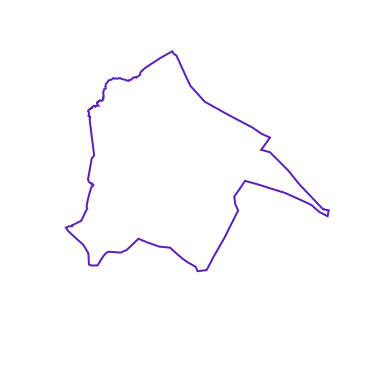 Tubbergen, Overijssel, Netherlands (orthographic projection), rotated 29°
{"feature_id": "6326949B58523414379719", "entity_name": "Tubbergen", "entity_type": "district", "adm_level": 2, "iso_a3": "NLD", "parent_name": "Netherlands", "parent_adm1": "Overijssel", "projection": "orthographic", "projection_center": [6.747, 52.404], "detail": "fine", "context": "isolated", "style": "outline", "palette": "violet", "viewbox_px": 384, "rotation_deg": 29, "n_neighbors": 0, "source": "geoboundaries", "source_scale": "gbopen_adm2", "svg_char_len": 4921}
<svg xmlns="http://www.w3.org/2000/svg" viewBox="0 0 384 384"><g transform="rotate(29 192 192)"><path d="M102.7,286.2L114.1,289.0L122.1,290.7L124.1,291.8L130.7,295.6L132.3,297.7L136.6,304.8L137.2,305.5L140.1,304.9L145.0,301.9L145.5,291.2L146.5,286.7L147.4,285.5L148.4,284.4L150.9,283.3L159.0,279.6L161.2,276.6L163.1,274.1L167.8,258.9L177.5,257.7L189.7,255.7L199.8,251.3L209.9,253.7L216.7,255.0L221.5,255.5L231.1,255.7L231.6,255.7L235.0,258.5L235.3,258.6L237.2,257.2L242.6,253.3L242.5,244.1L242.2,239.5L242.3,237.0L242.4,231.5L242.6,216.2L241.9,200.9L241.8,196.6L241.7,196.4L241.7,194.6L241.6,193.6L241.4,185.9L236.0,181.9L232.5,177.4L231.2,175.6L231.4,173.6L232.2,166.1L232.7,160.1L233.0,156.5L236.7,155.7L243.9,153.9L248.9,152.8L250.7,152.4L256.3,151.3L264.3,149.7L273.7,147.7L278.4,147.3L291.7,146.2L299.0,145.6L303.0,145.5L312.5,147.7L322.3,147.5L320.5,141.7L315.8,143.4L315.7,143.2L315.6,143.3L315.2,143.6L282.0,133.2L266.2,126.7L240.8,119.4L232.1,121.6L233.8,106.6L224.8,107.4L212.8,106.3L187.3,106.9L174.4,106.9L166.5,106.9L159.5,106.9L139.2,100.0L131.8,94.7L112.2,80.2L109.1,80.0L106.5,78.5L103.7,83.1L99.4,90.0L95.6,97.2L93.9,100.3L92.8,102.6L92.3,103.4L92.2,103.7L91.5,104.5L91.5,104.8L91.4,105.3L90.8,106.5L90.5,107.3L90.2,108.0L90.0,108.7L90.0,109.0L89.8,109.4L89.7,110.0L89.0,111.1L89.0,111.3L89.1,111.5L89.1,112.4L89.2,113.6L89.6,114.1L89.5,114.7L89.5,114.9L89.6,115.2L89.6,115.3L89.5,115.7L89.4,115.8L89.2,116.2L89.1,116.4L89.0,116.6L88.6,117.2L88.4,117.4L88.3,117.6L88.0,118.5L87.9,118.8L87.8,119.0L87.1,118.8L86.9,118.8L86.7,119.0L86.5,119.4L86.4,119.6L86.0,119.9L85.6,120.0L85.3,120.2L85.2,120.3L85.1,120.6L85.1,120.9L85.0,121.1L84.9,121.3L84.9,121.8L84.6,122.3L84.4,122.6L84.3,122.8L84.3,123.0L84.3,123.4L84.0,123.6L83.6,123.9L83.2,124.2L83.0,124.3L82.6,124.9L82.8,125.4L82.6,125.6L81.2,126.0L80.9,126.2L80.7,126.2L80.4,126.1L80.1,126.0L79.7,126.2L78.5,126.4L78.2,126.5L77.4,126.7L76.5,127.1L75.9,127.2L75.6,127.3L75.4,127.3L74.9,127.2L74.7,127.2L74.1,127.2L73.8,127.4L73.6,127.6L73.4,127.7L72.9,127.9L72.6,128.1L72.3,128.4L72.2,128.6L72.1,128.8L71.7,129.2L71.1,129.4L70.4,129.5L70.1,129.7L69.4,130.4L69.1,130.5L68.2,130.4L68.0,130.5L67.9,130.6L67.8,131.0L67.6,131.3L67.5,131.5L67.4,132.0L67.3,132.5L67.1,132.8L66.9,133.0L66.7,133.1L66.4,133.3L66.0,133.7L65.9,133.9L65.9,134.0L65.7,134.2L65.4,134.4L65.2,134.5L65.2,134.8L65.0,135.2L64.9,135.6L64.9,136.0L64.8,136.3L64.9,137.0L64.7,137.5L64.6,137.9L64.4,138.4L64.4,138.6L64.5,138.8L64.5,139.1L64.4,139.3L64.4,139.6L64.5,139.9L64.5,140.2L64.7,140.6L65.0,141.0L65.3,141.4L65.2,141.6L65.3,141.7L65.5,142.2L65.6,142.4L66.3,143.2L65.9,143.8L65.7,144.2L65.3,144.7L65.3,144.8L65.3,145.1L65.5,145.6L65.9,146.8L66.2,148.1L66.4,148.5L67.8,150.3L68.1,150.7L68.3,151.0L68.2,151.3L68.8,152.3L68.9,152.5L69.0,152.7L68.9,153.0L69.0,153.2L69.0,153.3L68.9,153.3L69.1,153.6L69.4,153.8L69.3,154.0L69.2,154.2L69.2,154.3L69.3,154.5L69.3,154.9L69.4,155.1L69.4,155.4L69.3,155.6L69.2,155.7L69.0,155.8L68.7,155.9L68.5,156.1L68.2,156.1L67.9,156.0L67.7,156.2L67.5,156.4L67.4,156.5L67.3,156.8L67.0,156.6L66.9,156.6L66.8,156.9L66.8,157.0L66.8,157.3L66.6,157.4L66.7,157.5L66.6,157.8L66.7,158.1L66.6,158.4L66.4,158.4L66.2,158.6L66.0,158.8L66.0,159.0L65.8,159.3L65.7,159.4L65.8,159.5L66.0,159.8L65.8,160.3L66.0,160.7L66.8,161.2L68.1,161.8L67.8,161.9L67.7,161.9L67.5,162.2L67.3,162.4L67.1,162.7L66.9,162.8L66.7,163.1L66.5,163.3L66.3,163.5L66.2,163.9L66.1,164.2L65.8,164.2L65.7,164.3L65.4,164.2L65.1,164.2L64.9,164.0L64.9,163.9L64.7,164.0L64.4,164.2L64.5,164.6L64.2,165.0L63.9,165.3L63.7,165.9L63.5,166.0L63.4,166.3L63.6,166.5L63.7,166.8L63.8,167.0L63.5,167.4L63.2,167.7L63.1,167.8L62.9,167.9L62.9,168.0L62.8,168.7L62.7,168.7L62.2,169.0L62.3,169.3L62.3,169.5L62.2,170.2L62.1,170.3L62.0,170.6L61.9,170.8L61.8,171.0L61.7,171.3L61.9,171.6L62.2,171.6L62.3,171.7L62.5,171.7L62.6,171.8L63.0,172.2L63.1,172.6L63.5,172.8L63.9,173.1L64.0,173.3L64.1,173.5L64.2,173.8L64.2,174.3L64.3,174.5L64.5,175.0L64.5,175.3L64.9,175.2L65.2,175.2L65.3,175.2L65.3,175.4L65.5,175.4L65.9,175.5L65.7,175.9L66.0,176.0L66.5,176.1L66.7,176.3L66.9,176.4L67.0,176.5L67.1,176.8L67.1,177.0L67.0,177.3L67.0,177.5L67.2,177.9L67.3,178.2L67.5,178.3L67.8,178.8L68.6,179.9L68.9,180.3L69.2,180.6L69.1,180.8L69.5,181.5L70.6,182.7L77.0,191.5L83.1,199.8L88.7,207.5L88.0,211.3L88.4,212.3L90.7,219.1L92.2,223.4L93.5,227.4L93.8,228.1L94.9,231.4L95.1,231.5L96.5,232.8L97.5,233.3L98.3,233.3L99.1,233.3L99.3,233.3L99.5,233.1L100.0,233.1L100.3,233.1L100.8,233.7L100.8,233.8L101.5,233.5L101.6,233.9L102.1,233.9L102.5,233.9L102.5,234.0L101.9,235.9L101.8,236.4L101.8,237.3L101.8,237.6L102.3,239.9L103.3,244.1L104.6,249.1L104.7,249.4L106.8,255.8L108.3,257.1L109.1,270.8L104.0,278.3L103.8,278.4L103.4,278.8L103.1,279.3L103.5,279.8L103.7,280.0L103.8,280.1L103.5,280.3L103.2,280.4L102.7,280.7L102.5,280.8L102.1,281.0L101.6,281.2L101.3,281.3L101.1,281.4L100.0,283.0L99.0,284.4L102.7,286.2Z" fill="none" stroke="#5b21b6" stroke-width="2"/></g></svg>